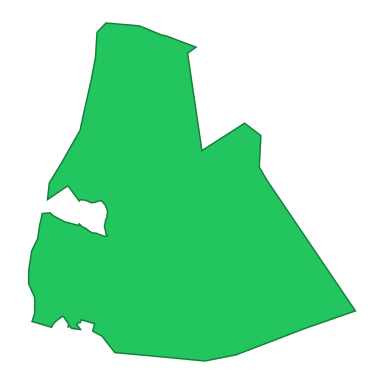 the district of Santo Tomás Jalieza, Oaxaca, Mexico
{"feature_id": "50627088B89424394811224", "entity_name": "Santo Tomás Jalieza", "entity_type": "district", "adm_level": 2, "iso_a3": "MEX", "parent_name": "Mexico", "parent_adm1": "Oaxaca", "projection": "mercator", "projection_center": [-96.659, 16.876], "detail": "fine", "context": "isolated", "style": "filled", "palette": "green", "viewbox_px": 384, "rotation_deg": 0, "n_neighbors": 0, "source": "geoboundaries", "source_scale": "gbopen_adm2", "svg_char_len": 2911}
<svg xmlns="http://www.w3.org/2000/svg" viewBox="0 0 384 384"><path d="M95.6,56.8L91.0,81.1L90.5,83.1L82.4,119.3L82.4,120.3L81.7,122.4L80.6,127.7L80.2,130.1L78.9,132.4L61.4,163.1L49.3,182.9L47.5,199.6L48.7,198.8L51.6,196.8L52.9,195.9L56.2,193.7L59.0,191.8L61.3,190.2L62.3,189.5L67.9,185.8L72.0,191.2L74.3,194.4L75.7,196.3L78.9,200.6L79.2,201.0L80.2,199.7L82.2,199.9L83.4,199.9L84.9,200.2L86.5,200.6L87.8,201.2L89.4,201.9L90.5,202.5L90.9,202.6L91.8,202.8L93.6,202.5L95.3,202.3L96.6,201.8L98.5,201.0L101.5,200.8L102.0,201.3L103.1,202.6L103.9,203.5L104.2,203.8L104.8,204.4L105.6,205.7L106.7,208.3L107.5,211.6L107.3,213.6L107.1,215.2L107.0,217.3L106.2,218.8L105.5,220.0L105.4,222.0L104.9,224.1L104.5,226.0L104.6,227.6L104.6,228.1L105.4,230.1L105.6,231.8L105.8,233.8L107.3,235.7L106.0,236.4L103.2,235.9L98.4,234.1L96.2,233.2L94.8,233.1L92.0,232.9L90.1,231.6L87.6,229.9L85.6,228.3L84.0,227.6L82.7,227.2L81.5,226.1L80.3,224.8L79.2,223.8L78.7,225.5L77.2,225.1L76.0,224.8L74.1,224.3L72.1,223.8L71.1,223.5L68.4,222.7L67.8,222.6L66.2,222.2L64.5,221.7L63.3,221.1L62.0,220.4L61.3,220.0L57.5,218.0L55.8,217.1L52.8,215.5L50.5,212.9L42.2,213.5L41.3,218.4L39.7,224.7L38.3,234.5L37.7,238.6L36.3,241.4L33.2,247.8L31.7,250.9L31.4,252.6L30.8,256.6L30.0,261.9L29.3,266.6L28.8,269.6L28.6,280.1L28.6,280.7L28.6,281.3L28.6,283.5L30.1,287.1L31.5,290.3L32.4,292.3L33.1,293.8L33.6,294.9L34.7,297.6L34.7,303.7L34.6,313.7L32.0,321.5L51.6,327.3L51.6,327.1L51.7,326.8L51.8,326.7L51.9,326.4L52.0,326.2L52.2,325.8L52.2,325.7L52.3,325.6L52.4,325.4L52.7,324.7L53.4,323.9L54.6,322.6L55.5,321.5L56.0,321.1L57.0,320.5L58.3,319.2L59.8,318.3L61.0,317.4L61.4,316.8L63.0,316.5L63.3,316.4L68.5,323.9L68.5,324.4L68.5,324.8L68.0,326.9L70.0,326.6L70.3,326.4L70.4,326.5L70.8,327.3L71.4,328.3L80.3,329.6L80.6,329.5L76.7,324.7L77.6,324.0L77.8,323.3L77.9,322.7L78.3,322.5L79.1,322.6L79.8,322.8L79.9,322.7L80.3,322.5L80.6,321.8L81.1,319.8L94.2,323.5L94.6,323.6L93.9,326.2L92.9,330.2L92.8,330.6L92.7,331.1L93.4,331.6L94.1,332.0L94.3,332.1L94.5,332.1L95.2,332.5L95.4,332.6L95.8,332.9L96.9,333.5L99.0,334.6L100.6,335.4L102.2,336.4L114.0,351.6L114.8,352.6L129.1,353.9L131.6,354.1L138.2,354.7L138.7,354.8L140.4,354.9L205.0,361.0L236.2,354.8L304.2,328.7L355.4,310.9L266.9,180.2L259.3,167.1L260.9,135.6L244.6,123.2L201.9,150.6L198.5,127.3L198.1,124.8L198.1,124.6L194.0,97.0L187.6,53.3L190.0,51.5L196.0,47.2L195.2,46.9L194.3,46.5L194.1,46.5L194.0,46.4L193.9,46.4L193.7,46.3L193.3,46.2L193.2,46.1L192.0,45.6L191.6,45.5L191.3,45.4L190.7,45.1L190.1,44.9L189.5,44.7L189.2,44.6L188.2,44.2L187.7,44.0L187.4,43.9L186.3,43.5L184.6,42.9L184.4,42.8L184.0,42.6L183.5,42.5L183.3,42.4L183.1,42.3L182.4,42.0L182.2,42.0L182.1,41.9L180.9,41.5L180.7,41.4L179.9,41.1L179.3,40.9L179.2,40.9L178.1,40.4L177.2,40.1L176.7,39.9L176.4,39.8L176.0,39.6L173.6,38.7L166.4,36.0L161.3,34.9L139.4,25.9L106.0,23.0L97.1,32.2L96.3,43.6L95.6,56.8Z" fill="#22c55e" stroke="#15803d" stroke-width="1.5"/></svg>